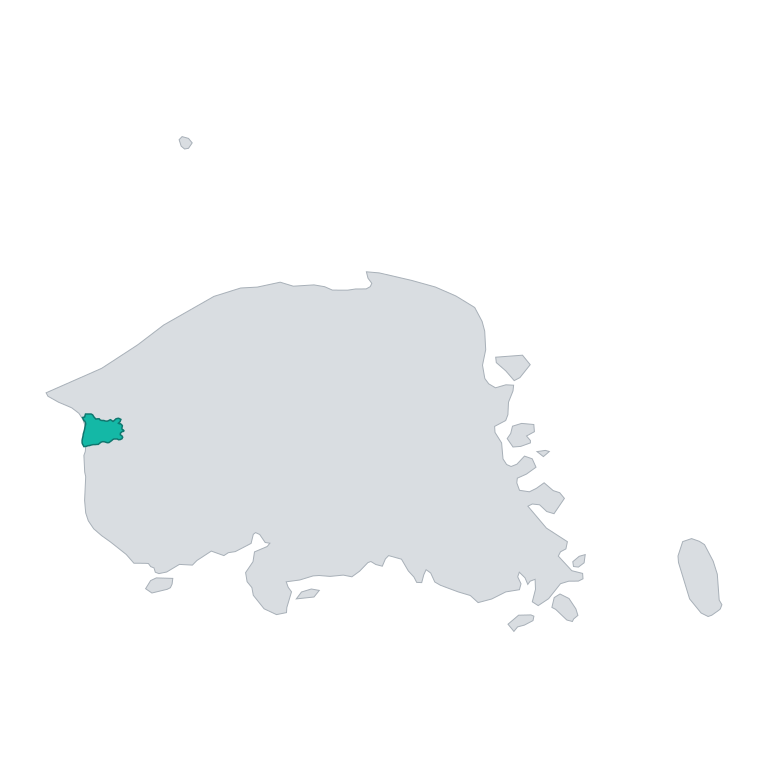 Yanggu-gun, Gangwon, South Korea shown in context, rotated 270°
{"feature_id": "91817680B23922363914919", "entity_name": "Yanggu-gun", "entity_type": "district", "adm_level": 2, "iso_a3": "KOR", "parent_name": "South Korea", "parent_adm1": "Gangwon", "projection": "natural_earth1", "projection_center": [128.002, 38.166], "detail": "fine", "context": "in_parent", "style": "filled", "palette": "teal", "viewbox_px": 768, "rotation_deg": 270, "n_neighbors": 0, "source": "geoboundaries", "source_scale": "gbopen_adm2", "svg_char_len": 4343}
<svg xmlns="http://www.w3.org/2000/svg" viewBox="0 0 768 768"><g transform="rotate(270 384 384)"><path d="M201.4,150.7L204.5,148.4L204.7,145.0L204.8,133.9L213.6,126.2L226.1,110.4L232.2,101.8L239.2,93.7L247.2,88.3L255.1,85.7L267.6,84.6L291.3,85.7L296.0,84.7L312.6,83.9L316.5,85.3L328.5,86.2L341.8,85.2L348.5,82.9L354.7,78.9L360.2,71.7L365.8,58.5L371.7,48.0L375.2,46.1L399.7,101.7L423.1,137.6L443.0,163.7L471.6,213.9L480.0,240.7L480.9,257.3L485.8,280.2L481.8,293.3L483.1,314.0L481.3,324.6L477.9,332.4L477.8,347.5L479.0,355.5L479.1,366.2L481.4,370.3L484.7,371.8L489.8,368.0L496.2,366.4L495.1,379.2L487.6,411.6L481.0,435.3L472.0,455.9L460.5,474.7L446.6,482.1L436.9,484.7L418.3,485.7L402.8,482.5L389.5,484.8L384.2,488.7L380.2,495.4L383.2,505.9L382.8,513.6L377.1,513.0L365.8,508.5L353.3,507.9L347.5,505.7L341.6,494.6L335.6,495.0L325.1,501.6L309.1,503.0L303.5,506.6L301.5,511.1L303.8,516.9L311.9,524.5L309.2,532.2L300.8,536.0L294.0,526.6L289.8,517.3L285.1,516.8L277.7,519.5L276.2,529.4L279.6,536.3L285.2,544.1L277.4,553.2L275.3,559.7L269.6,564.4L254.3,554.0L256.5,546.7L263.2,539.6L264.0,532.3L261.8,527.9L239.9,546.4L226.3,567.4L219.1,565.9L216.2,560.5L211.9,558.3L197.3,571.8L194.6,582.6L189.2,583.0L186.9,578.4L186.8,568.7L184.3,560.5L169.3,548.6L162.4,538.2L166.2,532.3L178.7,535.5L188.7,535.1L186.8,530.1L183.6,527.8L190.2,525.0L195.8,519.3L191.2,517.7L184.2,521.0L178.3,519.4L176.1,505.8L169.0,491.7L165.4,478.1L172.5,470.3L176.1,458.2L182.7,440.5L186.0,434.8L195.0,430.7L198.3,426.1L193.3,423.8L185.4,421.7L185.6,416.7L191.0,413.9L197.1,408.3L208.8,401.5L212.4,388.6L209.1,385.4L201.8,382.3L203.5,375.8L206.5,370.9L205.4,367.9L196.8,359.6L191.2,351.9L192.9,343.3L191.6,330.1L192.5,319.1L192.1,313.1L188.0,299.7L186.2,286.2L180.7,288.2L176.2,291.5L160.4,286.8L155.4,286.5L153.4,276.5L159.2,264.1L172.7,253.3L180.4,251.9L186.3,247.1L195.4,245.6L206.3,253.0L216.1,254.5L221.5,267.2L224.8,269.9L225.5,265.2L233.5,259.7L235.4,255.6L233.7,253.3L224.6,251.1L216.4,235.3L215.3,228.3L212.4,223.9L216.9,211.3L207.5,196.9L202.9,192.4L203.6,179.4L198.7,171.2L196.0,166.7L194.4,158.9L195.8,155.3L200.1,154.0L201.4,150.7ZM167.9,719.2L163.3,721.9L159.1,720.3L157.9,719.0L152.8,711.8L151.5,708.1L155.0,701.1L169.1,689.6L205.5,678.5L212.0,678.0L226.4,682.7L229.4,691.6L226.7,699.3L223.4,704.5L206.8,713.2L193.8,717.3L167.9,719.2ZM412.8,522.5L403.3,530.2L390.4,519.9L387.4,514.2L397.1,505.8L405.4,496.3L410.8,495.7L412.8,522.5ZM344.6,521.6L343.5,533.8L336.3,534.4L332.0,526.5L327.5,530.4L325.1,530.4L321.6,520.7L321.0,513.0L329.4,507.2L334.5,510.7L341.8,512.5L344.6,521.6ZM159.1,575.9L152.6,577.9L149.0,573.6L146.5,572.4L148.0,566.8L158.6,555.7L160.6,551.9L170.4,554.2L174.0,560.0L169.5,569.0L159.1,575.9ZM190.1,156.3L189.6,172.8L184.0,172.1L180.3,170.4L178.7,167.2L175.0,151.9L179.3,145.6L187.4,150.6L190.1,156.3ZM153.1,530.9L151.8,533.9L147.4,533.0L142.9,524.4L141.1,517.6L136.6,513.9L143.8,508.0L152.8,518.6L153.1,530.9ZM179.0,311.3L177.6,319.3L171.0,314.0L169.1,296.3L176.0,301.5L179.0,311.3ZM629.6,188.5L625.1,192.2L619.7,188.5L619.0,184.6L621.8,181.2L628.3,179.1L631.4,182.1L629.6,188.5ZM211.7,579.2L213.4,585.2L205.2,584.1L200.9,578.4L201.5,573.5L206.3,572.8L211.7,579.2ZM317.6,545.4L316.5,549.3L311.4,543.4L316.4,537.0L317.6,545.4Z" fill="#d9dde1" stroke="#a8b0b8" stroke-width="1"/><path d="M350.5,82.5L347.5,83.9L346.7,84.9L345.3,85.5L344.0,85.7L341.1,85.0L338.3,84.5L336.1,83.9L334.1,83.3L331.8,83.0L329.3,82.4L327.7,82.1L325.5,82.1L324.4,82.3L321.4,83.9L321.6,86.1L322.3,87.9L322.4,89.4L323.1,91.6L323.4,93.3L323.4,95.3L323.6,96.9L323.6,98.2L325.1,100.1L325.8,101.0L326.3,102.3L326.3,104.1L325.8,105.7L325.3,107.2L325.4,108.9L327.5,111.8L328.4,112.7L329.0,114.0L329.0,115.5L329.0,117.3L328.3,118.4L328.3,118.7L328.4,120.2L329.3,122.0L330.8,122.7L332.3,121.8L333.2,120.3L334.8,120.4L336.1,121.8L336.6,122.5L336.5,123.0L336.7,123.6L337.3,123.9L338.0,123.4L338.3,122.8L338.6,122.2L339.5,121.9L340.1,121.9L342.2,122.4L343.1,121.8L344.2,120.6L344.2,119.3L344.8,118.4L346.2,120.0L348.6,120.9L349.7,118.7L349.6,117.5L349.2,116.0L347.5,114.2L346.6,113.0L348.1,110.8L348.3,110.3L347.5,108.8L346.8,107.2L347.0,105.2L347.5,103.9L347.5,101.9L347.9,100.3L349.2,99.2L349.2,98.0L349.0,95.8L351.0,94.0L353.2,92.6L354.0,91.1L354.0,88.6L354.0,85.5L352.0,84.9L350.9,84.6L350.9,84.1L350.7,83.3L350.5,82.5Z" fill="#14b8a6" stroke="#0f766e" stroke-width="1.5"/></g></svg>